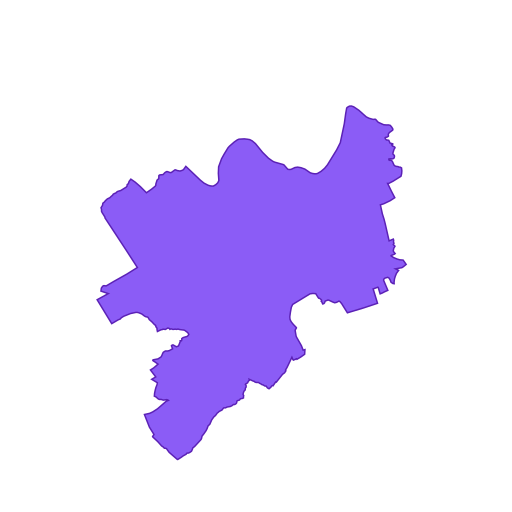 outline of Tan Uyen, Bình Dương, Vietnam, rotated 238°
{"feature_id": "81297802B30800695298767", "entity_name": "Tan Uyen", "entity_type": "district", "adm_level": 2, "iso_a3": "VNM", "parent_name": "Vietnam", "parent_adm1": "Bình Dương", "projection": "orthographic", "projection_center": [106.743, 11.057], "detail": "fine", "context": "isolated", "style": "filled", "palette": "violet", "viewbox_px": 512, "rotation_deg": 238, "n_neighbors": 0, "source": "geoboundaries", "source_scale": "gbopen_adm2", "svg_char_len": 6133}
<svg xmlns="http://www.w3.org/2000/svg" viewBox="0 0 512 512"><g transform="rotate(238 256 256)"><path d="M125.1,81.5L124.9,81.9L124.9,85.6L125.1,88.6L124.9,91.6L125.3,92.5L125.4,93.0L124.7,94.3L124.5,95.6L124.6,97.8L125.7,99.5L126.7,100.6L127.0,103.1L129.5,112.1L130.2,113.2L131.8,114.7L132.8,117.5L134.3,121.0L135.5,123.0L137.3,125.3L137.8,127.7L140.5,131.6L141.9,135.0L142.2,137.1L143.4,140.1L143.4,141.1L143.7,142.3L143.4,145.5L144.3,147.9L144.0,148.8L143.4,149.6L143.2,151.6L142.0,154.4L141.8,156.1L142.0,158.2L141.4,159.1L141.3,160.1L141.4,161.0L141.7,161.7L143.1,163.0L143.2,163.5L142.6,165.6L143.2,167.2L142.5,168.7L142.3,169.7L142.3,170.2L143.2,170.7L144.1,171.6L145.5,171.7L146.5,172.6L147.7,174.1L147.9,175.1L148.2,175.9L149.5,176.9L149.9,177.5L150.1,178.2L151.5,179.0L152.6,178.9L152.9,179.2L152.9,181.7L153.9,183.2L154.1,184.6L155.1,184.9L151.3,187.4L150.8,188.0L149.9,188.2L148.8,189.0L147.3,191.2L146.1,191.6L145.3,192.2L143.7,192.9L142.8,193.8L141.2,194.5L140.2,195.7L138.1,195.8L136.5,196.7L136.8,199.0L137.4,200.2L137.4,201.4L136.9,201.7L138.8,206.0L138.7,206.4L138.3,206.5L141.6,215.8L141.8,218.3L142.8,220.5L143.6,220.5L145.0,223.2L151.1,232.8L148.7,232.4L147.9,232.5L147.5,234.7L147.5,235.8L147.4,236.0L146.7,236.0L146.6,240.5L146.9,245.2L150.7,247.9L151.2,246.1L155.9,247.0L165.9,247.4L166.9,247.6L172.0,249.7L172.5,250.1L173.6,252.2L173.9,252.3L178.2,251.4L180.5,251.1L182.1,251.0L184.3,251.3L186.5,252.4L190.1,255.4L193.8,258.8L195.5,261.4L195.3,281.7L194.1,284.4L192.4,286.7L188.0,286.7L187.0,286.8L186.4,287.5L184.6,288.1L183.9,288.2L183.4,287.9L183.1,287.3L181.7,287.5L180.6,287.2L179.9,287.2L179.7,288.3L179.9,289.2L181.1,290.8L180.5,293.7L180.0,294.3L176.0,296.9L174.6,298.0L174.0,299.8L173.8,302.4L173.0,303.0L170.2,303.4L159.4,303.4L155.0,319.6L151.5,334.0L166.0,337.9L165.0,342.7L164.6,343.0L158.1,341.2L157.7,343.4L157.5,346.1L157.0,349.6L167.5,351.3L168.2,351.6L168.7,352.3L168.9,353.8L168.1,356.4L166.9,357.1L164.7,357.1L162.1,356.6L160.0,357.6L159.3,358.5L160.5,359.1L163.2,361.3L165.1,363.5L166.9,366.0L168.2,369.3L171.2,367.5L168.8,373.5L168.8,375.2L169.3,378.9L174.6,378.6L176.5,376.0L178.6,374.1L181.7,371.9L184.5,370.6L184.8,370.8L184.2,374.3L184.3,375.3L186.6,375.0L187.6,375.1L189.6,377.0L190.6,379.0L191.2,379.0L192.5,378.5L193.0,378.5L193.7,379.8L195.0,380.0L196.4,381.1L197.6,381.4L198.3,376.9L215.0,382.7L219.4,384.1L224.8,385.5L233.5,388.6L232.6,392.0L231.8,399.1L231.9,404.6L239.5,405.2L247.8,406.1L247.2,407.1L246.8,411.7L246.8,421.2L248.6,423.1L250.9,424.8L253.6,426.1L254.9,425.4L255.7,424.3L256.5,423.9L257.9,422.2L258.7,421.6L260.1,421.2L263.3,421.7L264.6,421.7L265.6,421.2L266.4,419.9L266.7,419.7L267.3,419.7L267.9,420.2L267.1,421.8L266.0,423.2L265.8,424.5L266.1,425.3L267.2,426.3L268.0,426.6L269.8,426.2L270.7,426.6L273.4,429.7L273.8,430.7L274.2,431.3L274.5,431.4L275.2,431.2L276.9,430.0L277.7,430.6L277.9,430.5L278.2,429.9L278.5,429.9L278.6,430.2L278.3,431.1L278.5,431.4L278.8,431.3L280.8,429.5L283.7,429.9L284.2,429.5L285.3,428.1L287.1,427.8L288.0,428.3L288.0,428.7L287.4,430.0L287.4,431.7L287.6,432.0L288.6,432.3L289.3,432.9L289.7,433.7L290.0,434.7L290.3,438.6L291.0,439.3L291.7,439.4L293.4,439.4L295.6,439.1L296.9,437.9L297.9,436.2L299.6,433.9L304.5,430.6L305.6,430.3L308.3,429.9L308.9,429.5L309.6,428.0L310.3,427.2L313.0,424.8L315.6,423.2L325.2,420.4L330.8,417.9L332.7,416.3L333.6,414.6L333.7,412.4L333.6,411.7L333.2,411.1L329.2,407.5L321.3,400.9L307.4,387.5L303.3,380.7L295.4,364.8L294.0,360.6L293.3,356.0L293.4,352.1L293.6,351.2L294.4,349.6L296.0,347.7L297.8,346.1L303.8,343.5L307.1,340.9L309.3,338.4L310.4,335.9L310.9,331.6L311.7,330.1L312.7,328.9L318.4,328.0L319.2,327.5L325.8,321.5L327.5,320.4L332.3,318.4L340.4,316.5L351.6,315.1L355.6,313.8L358.0,312.4L359.5,310.7L361.5,308.2L364.1,303.5L364.4,301.7L364.2,297.9L363.2,291.7L362.6,289.6L359.3,283.0L356.7,278.3L351.5,271.6L346.1,267.9L339.7,264.5L338.3,262.3L337.8,259.8L337.9,256.9L338.8,255.5L339.9,254.2L341.5,252.8L345.4,250.5L349.8,249.0L369.2,244.0L367.7,240.3L367.7,239.0L368.3,236.6L370.2,234.5L371.6,233.5L372.0,232.9L371.7,228.4L372.2,227.4L374.4,225.7L375.0,224.8L375.0,222.9L374.3,220.4L375.7,217.5L375.8,216.9L375.7,216.3L375.3,216.0L373.4,214.7L373.0,214.3L373.0,213.1L372.7,212.2L370.2,209.3L369.0,208.4L368.6,207.5L368.0,202.7L367.7,196.6L376.1,194.7L382.6,192.7L387.5,190.6L386.5,187.9L385.0,186.1L384.8,184.6L383.6,183.6L383.2,182.6L383.2,176.0L384.0,173.2L384.1,172.3L383.7,170.3L384.0,169.3L384.1,167.7L383.5,166.5L383.3,164.8L382.9,163.0L383.2,160.2L382.7,157.5L382.1,156.0L382.0,154.4L381.7,153.9L380.3,152.7L379.1,150.2L377.2,149.6L375.8,148.7L374.5,148.5L369.1,148.5L368.3,148.1L329.4,149.0L309.1,149.3L309.1,136.8L309.8,121.7L310.0,113.6L310.1,113.0L311.4,111.4L311.6,110.9L311.6,109.9L310.7,107.8L308.4,105.9L302.4,110.8L303.1,98.1L275.1,97.8L274.9,105.2L274.5,107.6L275.0,109.0L275.0,111.9L273.7,119.1L271.8,124.3L271.1,125.4L269.9,126.6L267.4,128.4L264.2,129.6L263.0,130.3L261.5,131.8L261.0,131.9L258.6,131.8L255.4,132.8L251.3,133.6L250.8,134.0L250.3,134.1L249.0,133.6L247.3,133.8L245.9,133.0L244.2,132.4L243.8,136.3L243.3,137.4L243.2,138.4L241.7,140.3L241.7,142.8L241.5,143.2L240.8,143.9L240.3,144.1L239.4,144.1L239.3,145.3L237.7,146.7L236.8,148.7L235.8,149.8L235.4,151.1L233.9,152.5L231.4,155.6L230.6,156.2L227.2,157.5L225.2,157.5L224.5,156.3L224.3,155.0L225.4,151.1L225.4,150.2L225.3,149.3L224.4,148.8L223.6,147.9L224.3,146.8L223.6,146.4L221.5,143.6L220.8,142.4L221.2,140.4L224.5,138.6L224.9,137.8L224.7,136.7L221.5,136.1L221.7,132.4L222.4,130.4L223.3,129.2L223.5,128.5L223.5,126.5L223.1,125.6L221.5,123.4L220.8,122.2L220.7,121.2L220.7,118.3L222.5,113.7L222.2,113.2L221.7,113.2L219.4,114.3L216.2,115.6L215.3,109.8L215.3,106.1L206.6,106.9L206.7,102.2L200.8,105.2L199.5,104.1L197.4,101.3L195.8,99.6L193.4,97.3L191.0,95.5L189.7,96.4L186.5,97.4L185.5,98.1L184.6,99.6L182.9,101.0L181.5,104.2L180.9,104.8L180.0,105.2L180.4,102.9L178.6,91.5L178.5,85.9L178.9,82.5L180.7,77.4L167.3,74.9L158.7,74.9L158.5,74.6L157.8,72.7L157.1,72.6L150.7,74.3L144.9,75.3L143.2,76.1L142.0,76.3L141.5,76.5L140.7,77.6L140.0,78.0L135.5,78.3L125.1,81.5Z" fill="#8b5cf6" stroke="#5b21b6" stroke-width="1.5"/></g></svg>